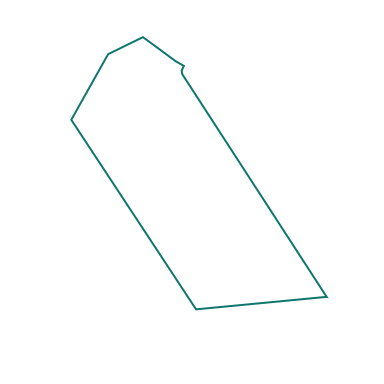 outline of Am-Djarass, Ennedi, Chad, rotated 147°
{"feature_id": "50815135B96833037498211", "entity_name": "Am-Djarass", "entity_type": "district", "adm_level": 2, "iso_a3": "TCD", "parent_name": "Chad", "parent_adm1": "Ennedi", "projection": "orthographic", "projection_center": [22.869, 18.153], "detail": "fine", "context": "isolated", "style": "outline", "palette": "teal", "viewbox_px": 384, "rotation_deg": 147, "n_neighbors": 0, "source": "geoboundaries", "source_scale": "gbopen_adm2", "svg_char_len": 319}
<svg xmlns="http://www.w3.org/2000/svg" viewBox="0 0 384 384"><g transform="rotate(147 192 192)"><path d="M253.9,318.3L253.9,315.2L252.5,91.4L136.3,30.8L136.2,30.7L136.0,296.1L134.4,299.6L130.1,302.2L130.4,302.7L134.4,310.4L148.8,348.6L187.2,353.3L253.9,318.3Z" fill="none" stroke="#0f766e" stroke-width="2"/></g></svg>